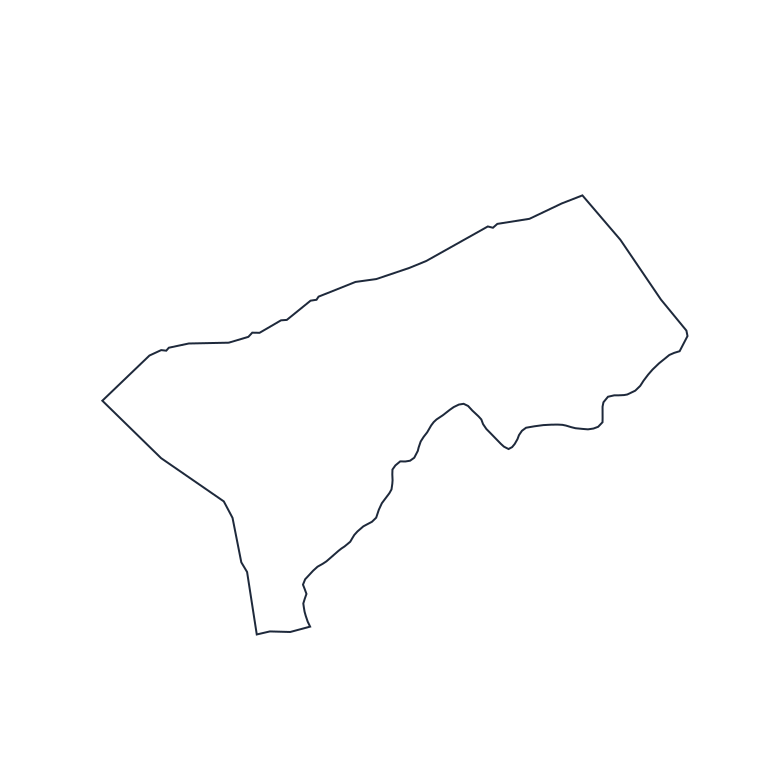 outline of San Antonio Palopó, Sololá, Guatemala, rotated 221°
{"feature_id": "79465075B56849944054802", "entity_name": "San Antonio Palopó", "entity_type": "district", "adm_level": 2, "iso_a3": "GTM", "parent_name": "Guatemala", "parent_adm1": "Sololá", "projection": "albers", "projection_center": [-91.117, 14.666], "detail": "fine", "context": "isolated", "style": "outline", "palette": "slate", "viewbox_px": 768, "rotation_deg": 221, "n_neighbors": 0, "source": "geoboundaries", "source_scale": "gbopen_adm2", "svg_char_len": 1834}
<svg xmlns="http://www.w3.org/2000/svg" viewBox="0 0 768 768"><g transform="rotate(221 384 384)"><path d="M182.4,602.7L186.4,619.3L190.8,622.7L230.4,629.4L300.2,647.9L358.0,656.5L368.3,636.9L382.6,604.1L403.5,579.2L404.3,573.4L409.0,571.0L432.8,504.6L441.0,488.3L458.7,458.1L472.5,442.3L490.7,407.0L490.2,403.3L494.1,398.7L499.4,368.6L503.5,364.5L511.5,341.0L517.1,336.3L517.3,330.6L528.3,313.3L557.9,286.5L570.2,270.2L570.2,266.3L574.4,263.4L579.7,251.6L585.6,186.6L503.6,181.8L427.9,190.3L410.5,183.6L374.7,155.8L364.0,152.3L315.7,111.5L307.8,122.4L292.1,135.3L280.6,152.4L285.7,154.6L291.0,157.7L294.5,160.0L297.9,162.8L300.9,165.4L302.9,169.9L304.8,174.7L309.3,177.2L313.5,179.4L315.4,184.9L315.0,196.6L314.3,202.5L312.3,208.1L311.1,212.4L309.7,222.4L308.9,228.2L308.2,231.9L307.2,235.5L306.0,242.8L306.7,246.5L307.4,250.6L307.3,255.3L306.2,263.0L304.8,266.7L302.7,272.1L302.2,278.0L305.4,285.7L307.4,292.6L307.8,298.0L308.3,305.1L309.2,309.4L312.3,314.2L314.4,317.0L318.4,321.2L321.5,325.0L322.0,330.0L321.0,336.2L317.0,339.6L314.0,343.2L312.8,348.2L314.6,355.7L316.2,358.8L318.6,364.7L319.4,370.1L319.7,375.8L320.5,380.0L321.2,383.6L321.5,387.9L321.1,391.7L319.1,399.0L317.4,407.7L316.3,412.2L314.0,417.6L310.9,421.3L306.1,422.6L299.9,421.9L291.5,421.6L287.3,421.1L282.9,418.7L277.2,417.2L271.9,416.8L256.6,415.5L252.4,415.4L247.4,416.6L245.9,420.4L246.0,424.5L247.1,430.0L248.6,434.0L249.2,439.2L248.1,444.2L242.7,450.8L236.8,457.5L230.6,463.5L225.8,467.7L222.6,470.2L219.4,472.0L214.3,474.3L210.4,476.3L204.5,480.5L200.3,483.6L196.7,487.8L194.3,492.2L194.0,498.5L196.5,501.5L204.2,510.3L206.4,514.2L206.6,521.3L202.8,526.5L199.9,529.0L195.6,533.1L193.5,535.7L190.0,543.8L189.4,550.7L190.3,556.9L190.8,564.4L190.8,571.1L190.0,580.0L187.7,593.1L185.4,597.9L182.4,602.7Z" fill="none" stroke="#1e293b" stroke-width="2"/></g></svg>